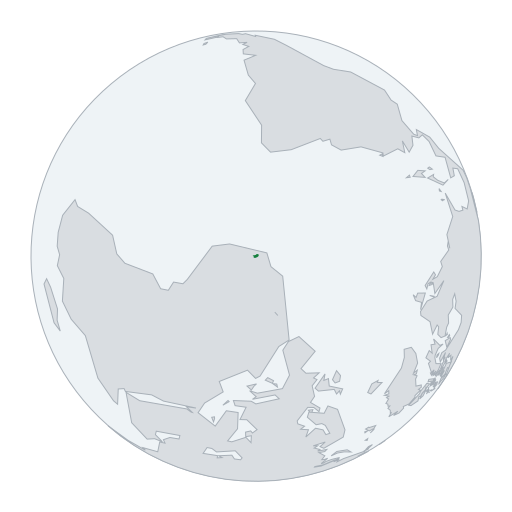 globe centered on Central River, rotated 140°
{"feature_id": "GMB-2151", "entity_name": "Central River", "entity_type": "Division", "adm_level": 1, "iso_a3": "GMB", "parent_name": "Gambia", "parent_adm1": "", "projection": "orthographic", "projection_center": [-14.922, 13.572], "detail": "fine", "context": "on_globe", "style": "filled", "palette": "green", "viewbox_px": 512, "rotation_deg": 140, "n_neighbors": 0, "source": "natural_earth", "source_scale": "10m", "svg_char_len": 9091}
<svg xmlns="http://www.w3.org/2000/svg" viewBox="0 0 512 512"><g transform="rotate(140 256 256)"><circle cx="256" cy="256" r="225" fill="#eef3f6" stroke="#a8b0b8"/><path d="M58.7,147.2L49.6,166.0L51.7,161.2L58.7,147.2ZM202.1,37.3L186.9,41.7L186.8,42.6L169.6,52.5L174.1,50.9L170.5,54.7L174.4,54.6L170.1,57.1L176.9,55.0L180.1,52.7L184.2,51.2L186.8,51.2L181.7,54.1L179.7,54.6L179.6,55.5L175.9,57.1L179.2,56.3L172.8,60.3L182.9,56.4L181.0,59.7L175.7,62.5L171.3,62.0L148.3,69.4L141.6,73.2L136.6,78.4L137.2,87.9L131.8,92.7L128.1,99.3L133.2,96.4L138.0,90.3L146.7,87.2L151.5,80.9L155.7,78.9L162.6,73.2L166.7,74.5L167.1,79.1L161.6,84.3L161.6,86.7L171.0,82.6L164.9,93.8L167.9,104.4L165.7,107.7L153.9,111.5L143.2,108.7L127.9,116.4L143.1,112.3L137.4,121.6L138.7,123.7L142.1,124.1L146.3,121.0L145.4,124.7L130.1,129.5L130.6,126.2L135.5,124.5L130.4,123.6L120.1,128.1L118.0,133.1L104.5,136.7L102.9,140.6L99.1,143.9L102.6,137.3L96.0,149.7L79.9,159.8L70.6,182.6L74.0,163.3L71.8,159.7L68.1,158.1L66.4,161.6L64.0,156.3L57.7,161.5L49.4,178.4L45.4,193.2L48.7,196.8L52.5,190.0L56.6,190.7L47.7,210.1L53.8,217.0L49.8,232.5L50.7,241.9L55.3,241.8L59.5,247.7L64.6,239.9L71.9,237.1L69.9,250.1L75.6,239.5L78.5,247.0L94.2,250.7L92.5,253.4L105.4,272.1L122.7,282.4L126.7,292.6L124.3,298.0L131.0,300.9L131.2,304.7L160.7,314.8L178.1,326.2L179.1,339.2L167.6,352.6L164.3,381.9L145.5,388.5L145.6,399.5L139.3,413.7L127.3,410.0L135.8,419.0L133.2,422.5L126.8,421.2L130.1,426.5L125.5,425.4L131.7,429.9L131.1,434.9L139.1,441.3L140.3,445.1L145.8,448.7L143.8,448.0L143.4,448.5L145.7,450.2L136.6,445.3L126.3,437.5L123.9,434.5L121.1,433.0L115.2,424.4L114.7,425.6L102.6,410.2L97.4,398.0L81.8,358.4L76.6,349.2L65.2,336.1L50.9,300.5L52.3,288.6L50.2,281.5L57.2,265.9L56.9,247.9L54.9,244.4L51.9,249.8L46.5,235.4L46.8,221.0L42.2,188.5L44.2,180.8L48.3,170.3L63.0,139.8L71.8,126.3L81.6,113.5L92.2,101.3L103.7,90.0L115.9,79.6L128.9,70.0L142.5,61.4L156.7,53.8L171.4,47.2L186.6,41.7L202.1,37.3ZM67.2,190.1L74.4,205.4L67.5,204.3L69.3,202.8L68.1,197.1L64.8,190.9L59.5,191.1L67.2,190.1ZM76.7,179.6L75.2,177.9L77.0,178.6L76.7,179.6ZM159.9,72.9L161.2,73.0L159.2,74.0L159.9,72.9ZM161.6,70.5L158.4,71.5L158.7,70.6L160.7,69.9L161.6,70.5ZM165.5,69.5L159.7,68.7L160.4,67.1L168.5,63.4L165.5,69.5ZM180.0,52.1L176.7,54.4L177.1,52.7L180.0,52.1ZM179.2,51.4L174.4,49.4L180.6,46.4L181.0,47.4L187.0,44.1L192.4,43.5L190.2,45.3L185.2,47.2L191.1,45.6L179.2,51.4ZM185.8,50.5L184.3,50.2L189.6,47.4L193.5,47.7L190.6,48.4L185.8,50.5ZM186.0,43.7L190.6,42.0L196.2,41.0L198.7,40.3L193.0,43.3L186.0,43.7ZM190.7,49.0L195.4,48.0L195.3,49.3L187.7,50.7L190.7,49.0ZM189.2,46.7L191.9,45.5L191.7,46.2L189.2,46.7ZM197.6,54.3L195.7,53.4L198.3,51.9L197.6,54.3ZM197.2,47.5L197.2,47.1L198.0,46.5L201.0,46.1L197.2,47.5ZM197.4,42.6L198.7,42.7L200.0,41.3L204.2,40.8L199.6,43.1L203.4,41.9L204.7,41.8L199.5,43.8L197.4,42.6ZM206.5,44.2L202.1,47.4L205.1,49.0L202.9,50.4L198.5,47.6L206.5,44.2ZM202.8,43.7L204.6,44.2L201.0,45.4L197.5,45.8L202.8,43.7ZM208.7,39.9L203.4,39.9L204.6,39.5L208.7,39.9ZM208.0,44.3L209.0,43.6L208.7,44.3L208.0,44.3ZM209.3,40.9L207.3,40.8L208.7,40.3L209.3,40.9ZM212.8,42.2L211.4,43.2L209.0,43.4L212.8,42.2ZM211.8,41.4L214.2,40.7L209.0,42.9L210.6,41.5L211.8,41.4ZM211.0,40.4L211.1,40.1L211.6,40.5L211.0,40.4ZM222.6,41.3L216.6,44.0L211.4,44.3L217.9,41.5L222.6,41.3ZM154.1,454.6L138.5,446.6L146.2,450.6L145.8,449.0L156.1,454.3L154.1,454.6ZM155.4,450.8L158.4,450.5L160.8,451.6L159.3,452.2L155.4,450.8ZM478.5,221.0L472.5,197.0L465.6,178.4L465.8,181.9L457.1,169.2L449.3,175.4L446.0,171.1L445.0,174.8L438.6,172.3L432.6,165.3L429.7,167.4L445.0,185.9L447.9,183.8L447.1,173.8L451.1,181.2L457.1,185.7L458.4,208.2L443.2,235.1L438.1,219.9L407.3,183.3L406.1,178.3L405.9,177.8L405.3,177.0L406.2,185.2L399.7,178.1L420.1,204.3L425.2,216.7L443.1,236.2L442.3,239.2L447.0,242.7L457.3,231.4L458.2,236.7L455.6,264.1L437.9,304.7L438.2,326.4L433.3,345.9L417.7,362.3L414.4,376.3L405.6,383.2L402.0,391.3L392.3,401.3L377.9,411.5L358.4,415.5L360.8,408.6L356.7,396.4L352.5,364.1L361.3,347.1L361.1,334.7L346.6,308.6L350.1,292.2L345.2,286.1L335.9,289.0L329.8,281.7L323.8,282.2L283.2,291.7L268.5,282.2L245.7,251.4L251.4,238.2L248.5,223.4L284.6,170.4L296.7,172.0L330.1,161.4L335.0,162.5L335.9,174.0L364.8,183.5L368.5,173.0L389.9,176.4L401.1,173.2L396.6,151.9L378.2,156.5L370.3,147.6L381.2,135.5L396.6,132.6L394.0,129.2L380.3,123.6L379.8,116.2L375.1,121.3L380.0,124.2L377.2,127.8L372.5,125.4L372.5,122.7L366.8,122.3L368.3,136.5L373.4,141.0L360.8,146.5L368.2,154.8L366.2,159.8L353.0,147.8L351.2,142.8L330.0,131.7L330.7,137.3L350.8,148.5L346.3,148.1L347.5,156.9L343.1,150.0L321.0,137.4L306.9,143.2L296.0,166.6L286.2,169.6L274.9,166.7L271.9,145.0L293.9,140.8L293.1,134.1L282.7,125.9L290.3,125.6L288.7,122.1L296.4,120.5L301.4,110.8L308.4,108.8L304.7,98.4L307.8,96.3L309.1,102.8L313.7,106.8L330.4,103.2L331.9,100.6L328.2,94.4L333.2,94.6L327.5,89.2L334.2,85.3L321.1,85.8L316.4,79.7L317.3,74.3L313.4,72.7L311.8,81.7L313.3,85.3L318.4,88.1L320.3,99.5L315.8,102.4L304.9,91.7L297.3,94.9L292.1,86.1L299.6,65.6L305.6,61.2L327.6,65.1L329.5,68.8L322.5,69.0L334.2,73.8L330.7,70.9L334.9,71.5L331.4,66.7L334.2,66.9L326.1,62.3L329.1,62.0L334.2,65.0L331.7,58.7L336.5,57.7L334.5,56.2L331.1,55.0L339.5,55.1L337.7,54.1L334.3,53.6L328.5,51.4L321.5,47.9L324.7,48.1L327.7,49.4L338.9,52.9L346.3,56.9L346.9,56.7L341.3,53.3L327.6,49.0L322.5,46.9L328.8,48.4L326.1,47.6L324.6,46.7L326.1,46.2L319.1,44.5L297.9,36.5L298.8,35.5L306.7,37.2L295.3,34.2L295.6,34.2L311.7,37.7L327.4,42.3L342.8,48.1L357.7,55.0L372.0,62.9L385.8,71.8L398.8,81.8L411.1,92.6L422.6,104.3L433.2,116.9L442.8,130.1L451.5,144.1L459.1,158.6L465.7,173.6L471.1,189.1L475.4,204.9L478.5,221.0ZM277.5,196.4L277.7,200.9L277.5,196.4ZM416.6,140.7L423.4,138.8L413.8,127.8L415.5,126.3L411.6,123.4L413.0,127.0L402.5,118.9L403.0,114.4L398.8,109.8L396.4,110.3L397.1,120.1L412.2,131.3L413.5,136.9L416.6,140.7ZM94.8,250.7L96.4,253.7L93.7,253.1L94.8,250.7ZM65.1,209.2L67.3,210.4L68.0,212.9L66.0,212.8L65.1,209.2ZM87.3,217.2L90.5,219.3L86.5,219.3L87.3,217.2ZM75.9,207.5L84.6,216.0L77.0,217.6L71.7,212.5L76.2,212.9L75.9,207.5ZM72.7,186.4L73.7,187.9L72.4,190.0L72.7,186.4ZM78.0,180.1L77.3,180.1L77.4,177.9L78.0,180.1ZM138.3,121.2L139.5,121.0L142.3,122.1L139.7,123.2L138.3,121.2ZM162.4,119.2L160.5,125.3L160.0,121.4L156.0,123.6L150.1,118.8L164.4,109.1L159.0,114.1L162.4,119.2ZM146.2,110.5L148.3,114.1L145.4,110.6L146.2,110.5ZM272.5,106.3L277.0,107.9L276.9,112.1L268.0,116.4L268.1,110.1L272.5,106.3ZM283.5,109.3L275.0,98.5L280.2,95.9L278.7,99.1L283.0,98.5L281.8,103.5L295.0,112.4L295.7,116.8L278.9,121.3L284.0,117.1L279.3,115.5L283.5,109.3ZM244.4,81.2L240.8,78.1L256.6,76.4L258.2,79.6L249.5,83.6L242.5,82.2L244.4,81.2ZM180.9,63.8L178.5,63.9L179.9,62.9L183.1,62.0L180.9,63.8ZM196.5,54.0L192.9,62.9L190.0,63.2L191.3,68.8L184.1,72.2L183.5,68.3L179.0,75.5L175.5,73.4L173.3,78.3L172.6,69.4L169.3,68.3L175.8,68.1L182.4,64.9L184.3,63.2L187.3,57.9L183.5,54.6L189.5,51.6L194.8,50.2L196.6,50.5L192.1,52.3L197.8,51.4L192.7,54.3L196.5,54.0ZM253.1,45.4L247.1,45.9L257.6,47.5L252.6,49.2L254.1,49.3L252.3,51.5L252.9,54.5L249.9,55.1L251.4,56.1L250.2,57.8L251.3,59.5L246.3,61.3L247.1,63.6L244.3,63.2L247.1,66.7L242.8,65.0L240.9,67.5L246.1,67.9L216.6,76.7L207.6,82.9L202.5,89.3L195.7,86.2L196.2,78.6L201.0,70.1L210.6,65.0L205.8,64.9L209.0,62.6L211.5,63.6L209.6,60.7L212.8,59.2L217.1,53.5L212.3,51.0L213.8,49.2L217.3,49.4L216.3,47.5L223.9,46.9L225.1,45.7L233.8,44.3L239.9,46.0L240.7,44.6L247.4,43.8L253.1,45.4ZM225.1,40.9L233.5,41.8L234.9,43.5L219.2,45.4L217.0,46.6L207.0,48.6L205.2,46.4L208.2,45.9L210.8,45.1L210.3,46.1L212.6,44.6L216.8,44.1L219.7,42.9L221.7,43.5L225.1,40.9ZM337.8,157.7L341.1,157.6L345.7,156.3L346.5,162.1L337.8,157.7ZM322.7,149.2L325.3,148.0L328.7,154.9L325.2,155.3L322.7,149.2ZM323.8,141.8L325.2,147.4L322.4,144.6L323.8,141.8ZM311.2,101.7L313.6,100.4L315.0,101.7L315.0,104.2L311.2,101.7ZM283.3,53.0L279.6,52.4L279.6,51.8L273.3,49.2L276.6,48.1L281.6,49.2L283.3,53.0ZM395.2,156.2L393.6,160.9L391.2,159.5L392.2,158.1L395.2,156.2ZM370.2,161.7L377.3,163.0L370.3,163.3L370.2,161.7ZM285.8,51.4L282.8,50.3L286.2,50.5L285.8,51.4ZM278.6,47.2L282.2,47.0L276.2,47.6L278.6,47.2ZM453.6,334.7L436.4,370.8L431.0,373.2L433.4,364.1L442.1,343.0L449.6,334.7L454.2,324.3L453.6,334.7ZM309.2,44.8L314.4,49.3L320.2,52.7L326.9,54.6L319.7,54.3L310.7,48.9L309.2,44.8ZM298.9,37.3L293.1,36.3L294.1,36.0L295.5,36.2L298.9,37.3ZM296.5,37.2L292.3,37.7L288.0,36.7L292.2,36.5L296.5,37.2ZM289.4,43.3L290.7,44.6L287.8,44.3L289.4,43.3ZM275.6,31.6L283.0,32.4L281.3,32.2L275.4,31.6L275.6,31.6Z" fill="#d9dde1" stroke="#a8b0b8" stroke-width="1"/><path d="M255.3,255.0L255.6,255.1L256.0,255.1L256.3,255.3L256.5,255.7L256.6,255.8L257.0,255.7L257.3,255.6L257.5,255.7L257.5,255.8L257.7,256.1L257.8,256.2L257.7,256.3L257.5,256.5L257.4,256.9L257.4,257.0L257.3,256.9L257.1,256.9L256.9,256.9L256.7,256.8L256.6,256.7L256.4,256.6L256.2,256.5L255.9,256.4L255.6,256.3L255.5,256.2L255.3,256.0L255.2,255.9L255.1,256.0L254.9,256.0L254.6,256.3L254.3,256.1L254.3,255.8L254.1,255.8L253.9,255.7L254.0,255.3L254.2,255.2L254.4,255.1L254.5,255.2L254.7,255.3L254.8,255.3L255.1,255.1L255.3,255.0Z" fill="#22c55e" stroke="#15803d" stroke-width="1.5"/></g></svg>